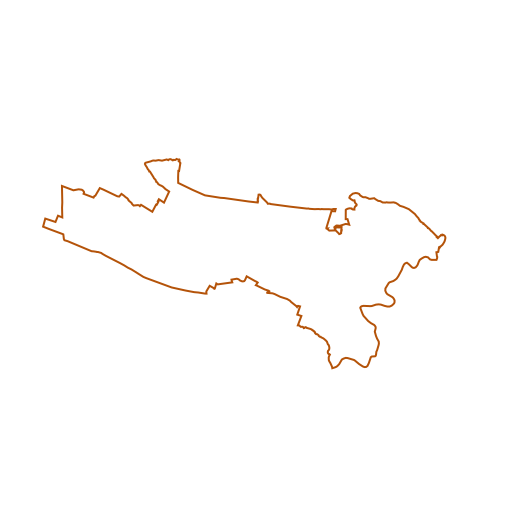 outline of Darabani, Botosani, Romania, rotated 154°
{"feature_id": "2599482B62501591504482", "entity_name": "Darabani", "entity_type": "district", "adm_level": 2, "iso_a3": "ROU", "parent_name": "Romania", "parent_adm1": "Botosani", "projection": "albers", "projection_center": [26.601, 48.175], "detail": "fine", "context": "isolated", "style": "outline", "palette": "amber", "viewbox_px": 512, "rotation_deg": 154, "n_neighbors": 0, "source": "geoboundaries", "source_scale": "gbopen_adm2", "svg_char_len": 6067}
<svg xmlns="http://www.w3.org/2000/svg" viewBox="0 0 512 512"><g transform="rotate(154 256 256)"><path d="M419.9,359.3L421.2,355.6L421.3,354.7L421.2,354.1L418.8,351.9L401.7,332.4L399.7,331.2L397.7,329.8L397.2,329.3L396.2,328.8L393.7,326.5L393.2,325.4L391.0,322.1L381.3,309.2L378.6,305.4L376.3,301.7L373.8,298.5L366.4,286.6L364.4,284.3L345.6,264.7L334.4,255.8L327.4,250.6L323.9,248.5L318.5,244.7L317.0,243.9L316.4,245.5L316.1,246.0L310.7,249.5L308.2,245.9L308.1,245.2L307.6,244.7L307.1,245.0L303.7,248.7L302.9,247.3L288.9,242.7L288.7,244.3L288.4,245.5L283.2,244.0L282.2,243.1L281.5,242.1L281.1,241.0L279.7,239.4L278.9,238.9L277.6,238.6L276.5,239.1L273.3,241.8L268.0,234.1L266.8,232.6L266.1,231.4L268.9,229.8L268.5,229.4L262.8,222.1L259.9,219.3L259.5,218.5L260.2,218.2L262.7,218.3L257.5,215.2L256.0,213.7L252.1,208.7L246.9,203.7L245.1,201.0L244.6,199.3L241.8,193.4L241.5,192.2L241.0,192.6L240.9,192.4L240.0,192.7L238.5,191.4L244.6,185.2L241.5,182.2L248.8,175.3L247.5,174.5L247.3,173.8L246.8,172.7L245.1,171.9L244.7,171.1L244.7,170.2L244.3,170.1L243.4,170.4L242.6,170.3L242.1,169.7L242.1,169.3L239.4,166.9L238.2,165.6L238.1,165.0L237.6,164.6L237.6,164.2L237.3,163.8L237.2,163.3L236.7,162.9L236.5,162.2L236.7,161.8L236.4,161.3L236.7,160.8L236.4,159.8L236.1,159.3L235.4,159.0L234.9,158.2L234.5,157.3L234.6,156.6L234.1,155.5L233.3,155.1L233.1,154.3L231.9,152.9L231.3,151.9L230.2,149.3L229.8,147.8L230.1,145.2L229.7,143.9L230.1,141.9L230.6,140.8L231.2,140.0L231.9,139.5L232.8,139.2L233.6,138.2L233.9,137.2L233.7,136.1L233.1,135.7L232.8,135.0L234.4,133.8L235.2,132.8L236.2,130.5L236.3,129.2L236.1,127.1L236.2,123.6L236.4,122.3L236.6,121.7L234.0,121.3L232.2,121.2L230.9,121.5L228.7,122.3L224.2,125.3L222.3,125.4L220.0,125.1L218.4,124.1L213.5,119.6L212.9,118.6L210.7,113.7L208.4,109.9L207.2,108.6L205.7,108.0L204.0,108.3L201.4,110.4L197.2,114.7L196.0,114.9L193.1,113.7L192.6,113.7L192.1,113.9L191.3,114.8L189.8,117.2L188.5,118.2L185.1,121.9L184.0,123.3L183.6,124.3L183.2,125.3L183.4,128.7L183.2,131.5L182.4,135.9L180.2,138.5L179.7,139.5L179.6,140.0L179.7,141.1L180.0,142.2L182.1,145.2L183.7,148.4L185.6,155.1L185.6,157.4L185.0,163.7L184.1,164.4L183.0,164.5L181.3,164.1L175.6,161.0L174.0,160.3L169.5,159.7L167.0,158.8L165.1,157.6L162.3,154.8L160.1,153.0L158.0,152.0L155.8,151.9L153.6,152.5L152.5,153.0L151.7,153.8L150.9,155.4L150.9,156.0L150.9,157.1L151.1,158.3L151.5,159.3L154.7,164.1L155.1,165.8L155.0,168.1L153.9,170.1L148.6,173.5L147.5,173.8L143.5,173.3L141.2,173.6L139.5,174.0L137.0,175.4L131.0,179.7L128.9,181.8L126.7,183.5L125.0,184.0L123.3,183.8L122.3,181.8L120.8,177.6L120.1,176.6L119.2,176.0L117.5,175.8L115.4,176.7L114.4,177.4L112.4,179.3L110.6,180.7L108.4,181.1L105.5,181.3L103.8,180.9L102.0,179.4L101.1,176.7L99.8,175.5L95.5,173.4L94.3,174.5L93.5,175.7L93.5,176.4L92.2,180.3L90.4,179.8L87.6,183.7L87.2,183.7L87.2,183.0L86.1,183.6L83.5,184.3L82.1,185.1L80.2,186.4L78.9,187.8L77.9,189.1L77.6,189.9L77.5,190.9L77.7,191.7L78.2,192.6L79.1,193.5L79.6,193.0L80.6,193.7L81.0,193.4L82.3,193.2L84.7,192.3L85.3,193.9L84.8,194.2L85.8,196.8L86.0,197.6L87.3,201.4L87.7,201.9L87.9,202.9L88.3,204.5L88.6,205.1L89.3,205.7L89.3,205.9L89.0,206.0L91.0,211.1L91.4,211.3L91.1,211.8L93.0,214.7L93.0,215.6L93.4,216.0L93.2,216.9L93.5,217.7L93.4,218.2L93.4,218.7L94.2,221.3L94.8,224.1L98.1,231.1L101.9,235.5L104.6,238.0L105.9,240.6L107.3,242.7L107.9,243.0L108.6,243.8L112.0,245.2L114.1,246.3L115.0,247.0L116.3,247.3L118.7,248.6L120.2,250.8L122.0,252.0L123.8,254.8L124.4,256.1L128.5,257.4L129.4,258.0L130.1,259.0L131.9,260.9L133.5,261.6L134.3,262.3L135.8,264.8L136.1,266.6L137.4,268.0L139.0,269.0L141.7,269.6L145.3,268.7L146.6,267.4L145.9,265.7L144.5,263.4L143.1,262.9L143.2,262.3L143.4,262.3L143.6,260.9L143.5,259.9L143.0,258.3L143.1,257.8L143.8,257.2L144.4,257.3L145.4,256.9L146.8,255.6L147.2,254.6L148.5,255.3L149.2,256.2L149.2,256.8L151.1,257.9L153.0,258.3L154.6,258.3L155.1,258.1L159.2,249.8L157.6,249.0L158.5,243.3L160.0,244.6L161.4,245.5L167.4,246.4L170.0,248.0L170.7,248.1L172.9,247.6L173.0,247.4L172.6,247.2L173.3,245.7L172.9,245.3L172.0,246.5L170.4,246.4L170.2,246.4L170.3,246.0L168.2,244.9L166.5,244.3L168.0,241.8L167.7,241.6L168.3,240.9L168.5,241.1L169.4,239.4L169.6,239.5L170.3,239.0L171.6,239.2L171.8,240.2L173.2,244.1L179.0,246.7L180.0,249.0L179.4,249.3L180.6,249.8L180.6,250.2L168.5,263.2L165.3,261.5L163.8,263.3L165.8,264.3L167.7,264.7L169.6,265.9L175.6,268.9L176.3,269.4L177.2,269.6L179.6,271.0L182.8,272.4L187.3,275.0L188.2,275.8L189.3,276.2L203.7,285.4L220.1,296.3L220.5,296.7L220.6,297.0L222.5,297.8L222.5,298.6L222.7,299.5L224.8,305.4L225.1,307.1L225.2,308.9L225.7,309.6L226.8,310.0L228.1,308.0L229.1,307.0L228.9,306.9L230.5,304.6L230.2,304.3L231.0,303.3L238.7,308.2L259.1,322.0L262.3,323.8L275.3,332.9L284.0,343.2L293.9,355.8L291.5,360.9L288.5,366.5L287.9,366.1L283.8,371.9L283.6,372.5L283.2,372.7L283.4,374.2L283.8,374.8L283.0,375.2L282.6,375.8L282.6,376.3L283.1,376.4L284.4,377.4L284.8,378.0L286.5,377.7L288.1,378.6L288.8,378.4L289.1,378.6L289.6,379.7L290.7,380.7L291.9,380.9L292.8,380.6L293.9,381.9L298.7,382.9L301.5,384.9L304.5,385.7L306.3,386.8L307.4,387.1L309.2,387.2L313.8,388.1L314.6,388.2L315.2,387.8L315.5,387.4L315.5,386.6L315.5,385.7L315.2,383.7L315.2,381.4L314.9,380.8L314.8,379.1L314.9,378.8L314.3,378.4L313.6,371.9L313.6,370.5L312.9,368.6L313.1,367.4L312.9,366.9L313.1,366.4L312.8,366.2L312.4,364.7L312.3,363.4L311.0,361.4L310.2,360.6L309.2,359.0L308.7,357.6L308.3,356.7L308.2,356.1L305.8,352.0L315.3,344.3L318.4,349.6L320.2,348.3L319.8,347.7L320.8,346.9L322.5,345.7L322.7,345.9L323.1,345.6L323.4,345.9L329.8,341.2L336.9,352.4L338.5,351.7L338.8,352.7L339.8,353.5L343.9,355.0L344.6,357.1L344.6,358.2L346.1,361.6L346.2,362.4L346.0,362.7L346.5,364.5L347.4,366.0L348.3,368.2L349.7,370.8L352.9,369.4L354.5,370.5L364.1,382.6L366.6,385.5L374.0,380.6L375.0,380.7L376.4,379.7L383.7,387.5L382.6,388.6L382.5,389.3L382.9,390.9L383.6,392.0L386.2,393.7L391.3,395.1L399.7,404.0L406.7,388.9L409.1,384.5L413.2,375.6L416.3,379.0L421.3,374.5L429.0,382.0L434.5,375.7L430.1,370.9L419.9,360.2L419.7,359.9L419.9,359.3Z" fill="none" stroke="#b45309" stroke-width="2"/></g></svg>